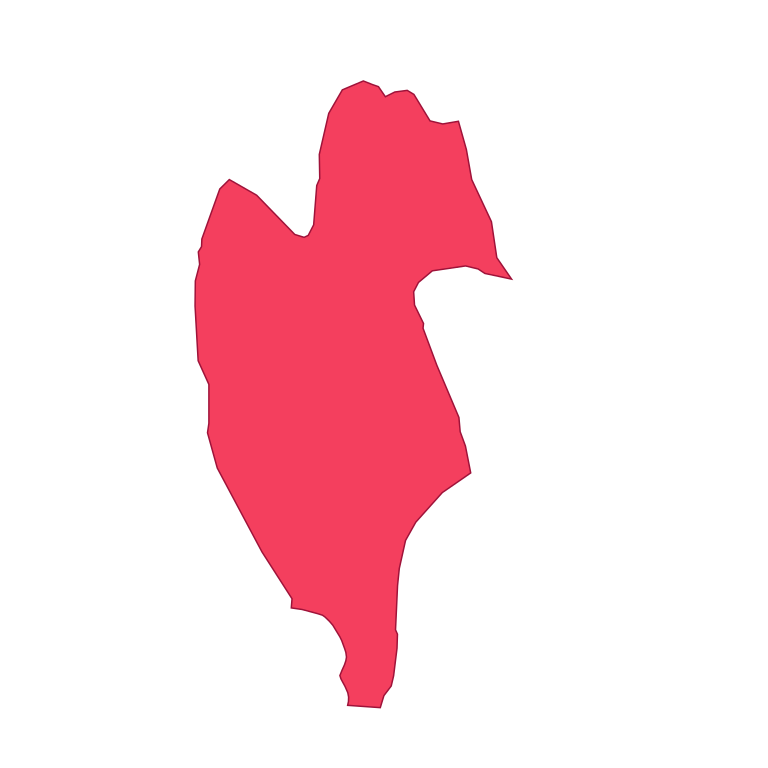 San Juan La Laguna, Sololá, Guatemala (Natural Earth projection), rotated 147°
{"feature_id": "79465075B17327710580812", "entity_name": "San Juan La Laguna", "entity_type": "district", "adm_level": 2, "iso_a3": "GTM", "parent_name": "Guatemala", "parent_adm1": "Sololá", "projection": "natural_earth1", "projection_center": [-91.312, 14.674], "detail": "fine", "context": "isolated", "style": "filled", "palette": "rose", "viewbox_px": 768, "rotation_deg": 147, "n_neighbors": 0, "source": "geoboundaries", "source_scale": "gbopen_adm2", "svg_char_len": 1263}
<svg xmlns="http://www.w3.org/2000/svg" viewBox="0 0 768 768"><g transform="rotate(147 384 384)"><path d="M402.4,639.7L415.5,637.0L457.8,604.8L462.2,598.6L467.8,595.9L473.5,584.7L486.1,573.2L500.0,552.3L527.2,504.7L531.1,479.0L552.2,446.5L558.6,439.2L569.6,404.3L577.8,309.5L578.1,254.0L583.7,246.7L575.5,239.5L564.7,227.5L561.5,223.6L560.4,220.8L559.0,214.7L558.3,209.5L558.5,203.1L558.7,196.0L559.2,191.9L561.2,183.2L562.2,179.6L564.2,175.4L566.7,172.7L570.1,170.0L575.1,166.8L579.8,163.5L580.7,160.1L581.0,156.6L581.4,151.5L582.5,144.8L584.2,140.7L586.7,137.1L589.5,134.3L563.4,114.6L553.8,122.7L542.4,126.8L534.9,134.0L517.0,155.3L509.0,166.8L508.2,171.6L482.4,207.6L471.6,221.0L451.1,241.1L432.6,250.8L394.2,261.2L359.7,262.2L349.5,287.6L346.1,302.5L339.4,315.1L329.5,370.9L320.9,409.5L317.9,413.2L315.4,433.6L308.9,445.2L299.8,450.4L281.8,452.6L251.3,438.6L242.4,429.2L239.2,421.8L219.9,402.5L220.6,428.5L205.5,461.6L199.1,507.7L187.2,535.8L178.5,563.8L193.1,570.1L202.1,579.6L201.2,610.6L204.6,617.6L215.9,623.0L226.4,624.2L226.7,636.4L230.6,641.4L236.3,649.4L258.7,653.4L282.9,641.1L313.2,611.8L326.0,591.3L332.3,587.1L356.3,555.8L366.6,549.9L371.1,550.5L377.4,558.0L388.0,611.7L402.4,639.7Z" fill="#f43f5e" stroke="#9f1239" stroke-width="1.5"/></g></svg>